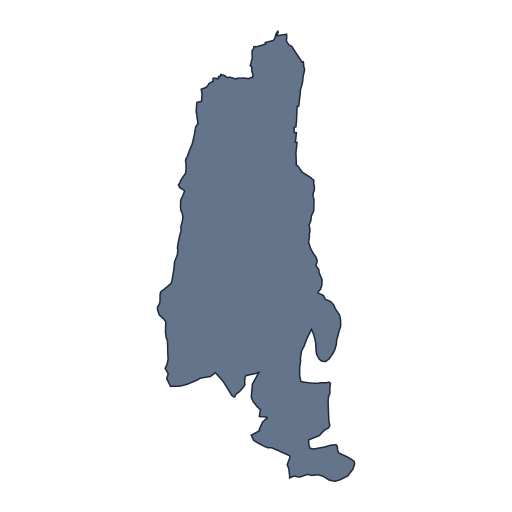 outline of Lisa, Brasov, Romania
{"feature_id": "2599482B61913429007955", "entity_name": "Lisa", "entity_type": "district", "adm_level": 2, "iso_a3": "ROU", "parent_name": "Romania", "parent_adm1": "Brasov", "projection": "albers", "projection_center": [24.869, 45.68], "detail": "fine", "context": "isolated", "style": "filled", "palette": "slate", "viewbox_px": 512, "rotation_deg": 0, "n_neighbors": 0, "source": "geoboundaries", "source_scale": "gbopen_adm2", "svg_char_len": 5737}
<svg xmlns="http://www.w3.org/2000/svg" viewBox="0 0 512 512"><path d="M347.5,476.2L347.8,475.8L352.9,469.2L354.5,464.5L354.6,463.2L354.0,461.1L350.6,458.9L347.1,456.8L338.9,453.0L337.7,450.6L337.3,446.2L336.0,444.7L330.3,445.3L324.8,447.0L313.5,449.0L309.9,448.2L308.9,444.8L308.6,439.9L319.3,435.6L324.4,430.2L328.7,427.8L329.8,425.5L328.8,420.5L328.1,401.9L328.5,396.5L329.8,393.8L329.9,387.6L330.4,383.2L328.9,382.1L326.5,382.8L320.9,382.7L317.9,383.3L312.2,383.2L303.5,382.1L300.8,381.5L299.6,374.8L299.7,367.2L300.7,360.4L300.4,358.5L301.6,350.7L303.8,346.8L307.2,338.0L309.2,333.9L311.5,329.3L313.6,334.3L315.5,341.5L316.2,351.8L316.6,354.3L319.2,359.0L321.3,361.0L325.5,361.6L327.2,360.3L329.0,359.0L333.1,353.2L334.8,349.8L336.3,344.6L336.8,339.1L337.7,336.7L339.0,331.3L340.7,326.1L340.6,320.2L339.6,315.1L335.2,308.6L333.9,305.2L330.7,301.6L325.6,299.4L324.6,297.9L323.5,295.5L318.0,293.0L318.2,291.9L320.4,289.5L321.8,285.5L322.1,280.4L321.8,279.0L319.1,272.8L318.8,269.5L316.0,265.8L316.1,264.6L317.1,262.1L317.0,259.9L315.6,256.5L313.4,253.7L310.5,248.2L308.6,242.2L309.5,236.3L309.2,234.3L310.0,231.2L309.5,230.2L310.0,229.2L309.4,227.0L309.3,225.8L308.9,225.4L310.8,220.9L311.4,215.8L313.8,210.7L313.8,208.1L313.9,203.5L314.0,199.6L313.0,196.1L313.2,193.2L314.3,190.3L314.4,186.1L313.7,183.7L313.8,180.1L312.6,179.5L310.9,177.7L302.2,172.2L298.1,166.4L296.7,165.1L296.3,165.1L296.2,159.9L295.9,152.8L297.1,142.4L295.2,142.2L295.8,139.0L296.4,132.7L294.3,132.7L294.2,131.2L294.1,127.6L296.0,126.7L296.1,123.9L296.5,121.5L296.7,116.0L296.9,112.4L296.9,111.2L297.0,107.3L297.1,106.6L297.2,106.4L298.4,106.4L298.6,106.3L298.7,106.1L298.9,104.5L298.9,104.1L299.0,103.7L299.2,102.3L299.4,100.5L299.5,99.7L299.6,98.7L299.8,97.2L299.9,96.1L300.0,95.5L300.1,94.7L300.1,94.2L300.2,93.6L300.3,92.7L300.4,91.8L300.4,91.3L300.4,90.7L300.4,90.1L300.5,89.7L300.6,89.3L300.7,88.8L300.8,88.6L301.0,88.0L301.5,86.3L301.7,85.5L302.0,84.5L302.2,83.7L302.4,82.7L302.5,82.3L302.7,81.5L302.7,80.9L302.8,80.1L302.9,78.8L303.0,77.1L303.2,76.2L303.4,75.1L303.6,74.6L303.7,74.0L303.9,73.1L304.1,72.4L304.2,71.7L304.4,70.8L304.5,70.1L304.5,69.6L304.4,68.0L303.8,67.1L303.7,65.9L303.6,64.4L303.5,63.2L303.3,61.8L302.4,62.0L302.1,62.1L300.7,60.1L300.2,59.2L299.7,58.6L298.7,57.0L295.1,51.6L291.7,46.3L291.0,46.0L289.0,45.0L287.4,42.7L286.4,40.9L286.7,37.5L286.8,36.0L286.5,34.2L285.8,34.3L283.0,34.8L280.4,35.2L278.8,35.5L277.0,35.7L277.4,34.0L277.7,33.7L278.1,32.6L278.0,31.4L278.1,30.7L277.5,31.6L276.2,33.7L275.8,34.7L275.5,35.9L274.7,38.3L274.4,39.0L273.4,40.5L270.0,41.3L267.1,42.1L265.2,42.6L265.6,43.9L264.6,44.3L260.6,45.6L260.1,45.8L259.5,45.9L258.6,46.2L257.4,46.6L256.9,46.6L256.3,46.6L254.4,46.7L253.9,46.7L253.8,47.8L253.5,48.5L253.2,49.5L252.7,49.9L252.2,50.4L252.0,51.9L252.1,55.4L252.2,58.8L251.2,61.4L251.3,62.0L251.2,62.9L250.9,63.6L250.5,64.7L250.1,65.4L250.6,66.0L251.4,66.5L251.9,67.6L251.7,68.3L251.8,69.9L251.8,71.2L252.5,73.2L252.9,74.2L252.8,75.8L252.7,77.4L251.1,77.5L250.2,77.9L249.5,78.4L248.6,78.5L246.7,78.4L245.9,78.3L244.0,78.0L242.3,78.1L239.6,78.2L236.8,78.3L236.4,79.0L235.3,78.8L233.5,78.2L231.4,77.6L230.9,77.5L230.4,77.4L229.2,77.2L228.8,77.2L228.5,77.3L227.6,77.5L227.1,77.5L226.6,77.2L226.2,77.1L225.4,76.2L224.8,75.6L224.1,75.4L223.4,75.1L222.2,74.7L220.7,74.5L220.7,76.3L218.6,76.4L218.5,78.6L216.9,78.3L216.5,78.9L215.2,78.4L214.7,78.2L214.4,78.0L213.1,78.3L212.9,80.3L213.0,81.0L213.0,81.4L211.1,82.3L209.5,83.2L208.9,83.6L207.9,85.5L205.8,87.6L204.1,88.1L201.2,89.2L201.6,91.8L201.9,93.1L202.2,94.0L201.9,95.3L201.5,101.4L197.0,102.3L196.8,102.5L196.7,103.8L196.4,108.0L196.2,110.8L196.3,112.9L196.6,114.0L196.8,114.7L197.0,115.9L197.0,116.9L197.1,118.3L197.5,120.1L198.0,123.6L195.7,126.8L195.5,128.0L194.3,135.0L193.6,138.1L192.5,142.5L192.2,144.0L189.4,150.7L188.4,153.5L187.9,155.2L186.9,157.3L186.3,158.3L185.7,159.7L185.5,161.7L186.0,163.2L186.0,164.8L186.0,167.2L186.0,171.2L185.8,171.7L185.5,173.4L184.2,175.2L183.4,176.3L181.9,178.5L180.7,180.4L179.9,182.9L178.3,184.9L179.6,186.8L179.5,187.5L184.0,190.3L184.5,191.2L182.6,196.3L181.4,198.4L181.1,199.3L180.6,200.7L180.5,201.0L180.7,201.8L180.5,206.6L180.8,210.2L182.4,213.6L182.9,218.0L182.1,222.1L181.1,225.6L180.9,226.8L180.9,228.1L181.0,229.5L181.1,230.6L180.8,231.9L180.6,232.6L180.3,233.1L180.0,234.7L179.6,235.9L179.5,236.4L179.2,237.7L179.0,238.5L178.9,239.9L178.4,241.3L178.4,242.1L178.1,243.0L177.4,248.0L177.8,249.9L177.4,254.5L174.6,261.8L173.7,270.3L172.1,279.8L171.7,281.9L170.7,283.6L164.2,289.3L161.7,291.0L160.7,292.0L160.1,294.1L160.0,301.4L159.5,303.7L157.7,306.7L157.4,308.3L157.7,310.3L159.2,314.8L160.5,316.1L163.6,318.9L165.8,321.8L165.6,326.1L165.5,332.5L166.2,337.6L167.5,341.2L167.7,350.1L167.8,353.8L168.1,359.2L167.0,364.5L165.1,368.3L168.2,373.8L166.7,378.6L170.5,386.4L180.0,386.1L187.1,384.3L196.5,380.4L200.7,378.1L210.4,376.5L215.4,372.7L223.3,381.6L227.4,388.2L231.7,395.3L234.0,397.1L234.8,396.6L236.0,394.1L239.4,391.7L240.6,390.4L243.6,386.9L244.8,385.0L244.7,380.8L245.1,376.9L246.2,375.6L249.6,374.8L255.8,373.5L258.8,372.5L252.4,384.1L251.3,397.3L252.3,399.5L253.2,401.7L257.3,406.8L260.5,409.9L259.9,412.8L259.3,416.4L259.9,416.7L261.2,416.8L262.2,416.8L263.0,416.6L264.5,417.0L266.2,416.9L267.2,417.7L262.6,422.1L259.3,429.3L259.5,430.7L251.2,435.2L253.8,440.5L258.9,443.5L261.9,445.1L264.9,446.6L268.0,447.8L269.8,447.7L271.9,447.8L287.2,454.6L289.7,455.9L290.0,457.1L287.2,464.8L288.8,468.8L289.2,472.2L289.6,475.6L289.6,477.3L289.6,477.9L292.6,476.6L293.5,476.2L294.9,476.1L298.5,477.0L299.9,477.0L307.5,474.4L311.8,475.4L318.2,474.8L323.3,476.3L327.6,479.1L329.2,480.1L335.1,481.3L340.3,479.7L341.7,479.0L342.1,478.8L347.0,476.3L347.5,476.2Z" fill="#64748b" stroke="#1e293b" stroke-width="1.5"/></svg>